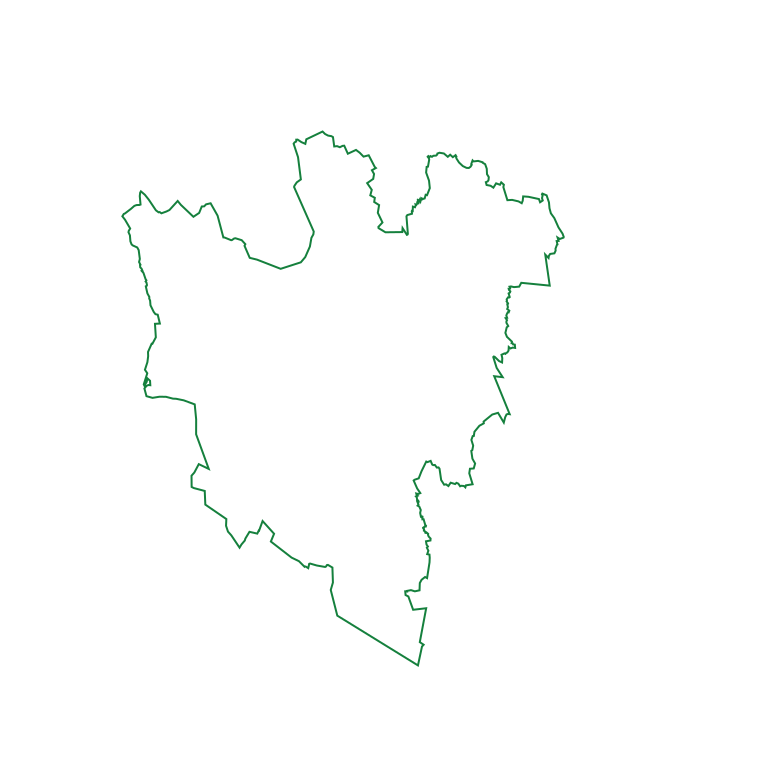 outline of Ēdoles pag., Kuldigas, Latvia, rotated 247°
{"feature_id": "27541924B33220352308634", "entity_name": "Ēdoles pag.", "entity_type": "district", "adm_level": 2, "iso_a3": "LVA", "parent_name": "Latvia", "parent_adm1": "Kuldigas", "projection": "natural_earth1", "projection_center": [21.68, 57.04], "detail": "fine", "context": "isolated", "style": "outline", "palette": "green", "viewbox_px": 768, "rotation_deg": 247, "n_neighbors": 0, "source": "geoboundaries", "source_scale": "gbopen_adm2", "svg_char_len": 6154}
<svg xmlns="http://www.w3.org/2000/svg" viewBox="0 0 768 768"><g transform="rotate(247 384 384)"><path d="M449.1,606.9L452.6,607.1L460.0,605.8L470.2,605.6L475.9,604.3L481.1,605.0L486.7,606.8L494.1,607.4L497.4,604.2L496.9,603.5L495.4,603.6L493.4,602.1L490.9,601.8L490.3,598.7L493.7,598.9L499.9,590.1L502.3,585.4L498.5,583.3L496.6,581.4L499.5,579.2L503.4,573.9L505.0,569.4L518.6,570.8L520.6,572.2L523.8,570.7L522.1,568.6L524.9,565.6L522.0,561.4L524.8,559.6L527.1,556.2L530.0,556.6L530.0,558.6L530.9,559.9L533.5,561.3L536.9,560.8L542.0,562.7L546.8,563.0L549.1,561.3L549.6,561.4L552.6,557.8L553.9,553.4L555.2,552.9L552.3,550.2L551.5,550.4L550.2,548.6L549.7,546.5L550.7,544.4L553.8,541.7L558.6,539.6L563.3,538.8L564.7,539.0L565.0,539.5L566.7,539.3L565.9,536.0L569.2,534.5L568.2,531.5L572.8,529.2L575.2,525.4L575.3,523.2L574.4,522.6L573.9,521.2L574.8,518.6L574.4,516.9L575.6,515.9L575.1,514.7L576.5,513.9L576.1,513.0L574.2,513.5L572.9,513.3L566.9,509.4L567.2,508.1L562.2,505.4L553.6,504.9L546.4,502.7L541.0,497.4L541.9,496.3L538.9,493.9L539.2,492.2L540.0,491.4L539.0,491.4L539.0,491.0L540.1,490.6L538.4,489.3L539.2,489.1L538.1,488.6L539.5,488.3L540.0,487.3L538.2,487.3L538.4,486.5L539.3,486.6L538.4,485.7L537.3,486.6L536.8,486.3L537.0,484.9L536.3,483.9L537.0,483.2L536.1,483.0L534.6,481.6L536.0,479.9L532.0,478.0L532.5,477.4L532.2,477.1L529.8,476.3L530.4,471.5L529.6,470.2L512.8,464.6L512.3,463.6L511.5,463.5L520.2,462.0L516.7,460.2L523.1,444.6L529.6,439.9L530.8,440.2L533.3,445.7L544.0,445.2L550.6,449.4L555.4,446.1L559.0,448.3L563.0,445.1L567.5,448.6L575.5,447.0L577.0,454.2L581.2,456.9L585.5,456.4L586.0,460.9L587.3,460.3L600.5,459.3L601.3,454.0L606.4,452.0L610.4,449.7L610.1,440.7L618.9,440.5L619.4,438.9L619.2,435.9L621.3,433.7L622.1,431.0L631.2,433.5L632.7,432.4L634.5,429.6L637.2,427.4L640.4,426.1L639.6,408.1L635.8,405.4L638.9,402.5L642.7,400.0L643.2,398.7L641.5,397.9L641.4,396.2L640.5,394.7L626.4,393.5L604.8,387.4L603.7,382.5L601.5,379.1L600.5,378.2L551.8,378.9L549.3,377.4L546.9,374.3L539.5,369.5L531.6,361.1L528.5,355.0L530.4,333.9L548.1,315.7L552.6,309.7L565.7,309.6L566.9,311.0L572.0,309.2L576.2,304.2L576.5,302.9L575.9,300.2L576.1,299.5L581.2,294.4L581.7,293.4L604.0,296.6L618.1,295.0L618.9,290.4L617.8,287.9L618.6,285.6L613.7,280.7L612.4,273.9L628.3,267.0L633.1,265.6L628.0,254.5L627.8,251.1L628.1,245.8L629.9,244.7L630.1,243.6L633.0,241.9L645.6,239.5L651.7,237.8L656.3,235.5L655.4,234.3L652.4,232.6L644.3,230.0L644.4,228.6L645.4,226.2L645.5,223.8L644.1,219.5L642.2,212.2L642.2,210.9L640.6,208.7L636.4,209.8L626.3,211.1L624.8,209.0L623.6,208.1L620.1,208.2L614.4,206.3L611.1,206.2L609.7,206.9L606.1,210.2L603.1,210.5L594.5,208.1L592.0,206.2L589.0,206.4L588.9,205.9L586.6,205.2L584.9,205.9L582.5,205.9L582.6,205.2L580.2,206.0L573.7,205.5L572.3,205.8L571.5,204.6L570.3,205.0L567.8,204.5L567.2,204.1L567.0,202.9L559.8,201.6L555.8,202.0L554.5,201.3L552.2,201.3L547.7,199.8L540.3,200.2L537.6,200.9L536.2,202.8L527.2,201.3L528.9,196.7L516.1,192.2L511.5,186.5L511.9,185.9L505.7,179.3L501.8,177.8L496.5,174.7L490.5,169.5L486.4,170.3L477.5,162.7L476.2,162.8L478.7,166.4L481.7,168.4L478.4,169.9L474.2,168.4L475.1,166.8L475.1,164.7L473.5,161.7L465.6,160.6L461.7,165.5L460.0,172.4L457.4,178.3L453.0,184.0L451.6,186.9L447.2,193.3L439.2,201.8L424.9,197.3L411.1,191.4L374.3,189.5L382.6,182.2L376.6,174.8L374.8,171.0L364.4,166.7L362.5,168.3L355.6,177.2L342.8,172.4L321.3,186.1L315.2,183.2L309.1,182.7L304.4,184.3L289.8,187.1L292.0,190.1L294.3,194.7L295.9,196.0L300.5,202.4L295.8,208.9L298.1,211.5L297.8,211.7L305.3,218.7L289.1,224.3L283.2,218.3L260.3,231.1L254.1,236.5L246.9,239.4L247.1,239.8L246.3,240.8L244.1,242.3L247.7,244.9L247.6,245.8L243.2,251.2L238.6,258.3L238.7,259.5L239.6,260.6L239.4,261.7L235.2,264.8L221.2,259.4L215.2,254.5L189.0,250.5L111.7,305.3L127.5,316.4L128.5,318.6L132.4,316.1L161.1,335.2L164.8,322.6L178.9,323.4L181.3,321.4L184.8,322.5L184.0,324.1L184.6,324.2L183.7,328.3L181.1,331.4L180.2,336.1L186.8,339.2L189.1,342.1L190.3,346.4L188.5,347.8L202.0,356.2L206.2,358.2L209.2,359.2L210.5,357.3L213.2,359.7L216.6,359.5L217.2,360.9L219.6,360.4L222.8,361.2L221.8,365.6L223.5,366.5L226.2,365.5L228.1,365.6L228.8,366.1L230.8,365.1L230.5,364.4L230.9,363.9L232.3,364.2L233.4,363.4L234.5,364.1L235.9,363.7L236.4,363.8L236.6,364.7L236.3,365.0L237.0,366.0L236.5,366.8L237.1,367.3L238.2,366.9L244.0,367.6L244.4,366.5L246.9,367.6L247.2,367.3L246.7,366.4L247.2,366.1L251.2,366.9L253.6,368.6L257.4,368.6L258.9,367.4L259.6,368.6L262.5,368.7L261.9,369.7L262.3,370.0L263.5,369.9L264.1,369.1L266.8,369.9L268.0,369.5L268.0,371.3L269.2,370.7L270.6,370.9L269.4,372.5L269.4,374.8L274.9,373.7L283.6,373.6L283.9,374.7L283.6,379.1L289.0,384.4L296.1,392.6L295.1,393.5L295.0,396.9L291.0,396.9L290.1,397.6L289.6,399.2L286.4,400.0L285.9,401.6L284.3,402.0L273.3,399.1L267.8,400.0L267.4,401.9L264.9,403.4L267.1,406.8L264.1,410.4L264.7,412.1L263.2,413.5L260.1,414.1L260.1,415.4L258.9,417.7L257.1,418.5L258.7,419.8L257.1,426.4L268.5,427.6L272.4,430.0L271.2,433.6L275.2,436.8L280.7,436.2L288.3,438.2L288.7,439.5L292.4,442.0L298.4,442.6L301.4,445.3L301.1,446.4L304.7,448.6L308.3,455.5L308.8,460.5L310.5,461.0L313.6,471.7L312.9,477.7L301.7,479.2L306.1,482.6L308.1,484.9L308.0,486.4L307.1,487.9L348.1,488.5L343.9,495.9L354.8,494.0L366.1,495.1L366.4,495.8L365.8,496.5L360.1,498.9L357.7,501.1L361.6,503.0L365.0,503.6L365.1,506.8L364.3,507.5L364.9,508.8L364.8,509.8L366.1,511.7L369.3,513.3L367.3,514.3L367.2,516.8L366.0,518.8L369.1,519.8L370.0,518.3L371.2,518.3L371.7,517.4L373.0,518.3L379.4,515.6L383.6,515.7L388.2,519.1L388.8,521.0L392.5,520.6L393.9,521.2L394.7,522.2L397.1,521.7L396.8,523.2L399.1,523.3L400.2,524.2L401.7,526.0L401.2,526.7L402.5,528.0L404.9,526.7L406.3,528.1L409.1,528.6L409.0,529.0L409.7,529.7L412.1,529.1L412.6,529.7L414.0,530.0L415.3,532.1L414.7,533.2L414.9,533.7L418.7,534.1L419.0,535.7L419.9,536.5L421.8,535.8L423.0,536.0L422.6,537.4L423.5,537.9L424.5,537.7L424.2,539.0L422.4,541.5L420.8,546.5L423.5,549.9L409.8,575.0L440.1,583.0L435.7,584.7L437.6,585.9L438.8,587.8L437.7,591.9L439.7,594.1L441.5,594.7L444.7,597.7L444.7,598.2L448.1,598.8L447.5,600.6L451.0,601.0L448.8,602.5L448.6,606.4L449.1,606.9Z" fill="none" stroke="#15803d" stroke-width="2"/></g></svg>